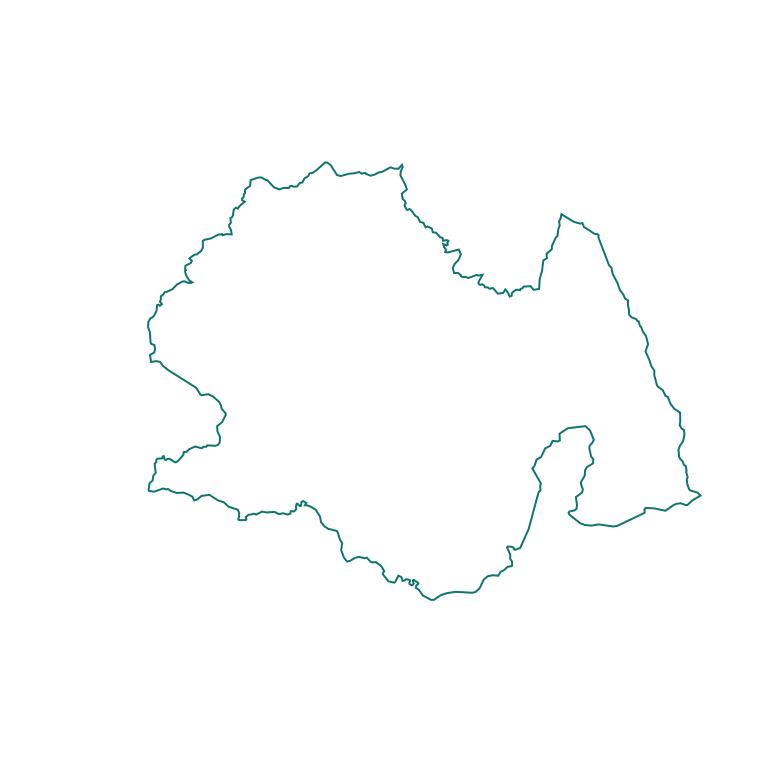 outline of Laclo, Manatuto, East Timor, rotated 64°
{"feature_id": "22284137B24782951850467", "entity_name": "Laclo", "entity_type": "district", "adm_level": 2, "iso_a3": "TLS", "parent_name": "East Timor", "parent_adm1": "Manatuto", "projection": "albers", "projection_center": [125.887, -8.591], "detail": "fine", "context": "isolated", "style": "outline", "palette": "teal", "viewbox_px": 768, "rotation_deg": 64, "n_neighbors": 0, "source": "geoboundaries", "source_scale": "gbopen_adm2", "svg_char_len": 6165}
<svg xmlns="http://www.w3.org/2000/svg" viewBox="0 0 768 768"><g transform="rotate(64 384 384)"><path d="M623.1,148.5L619.0,149.8L614.1,155.3L612.2,155.9L607.0,155.3L602.2,153.6L601.1,152.0L595.4,151.0L594.7,150.1L590.1,148.8L588.1,149.9L584.2,149.5L580.8,150.7L578.6,150.6L572.3,148.2L569.5,145.4L566.4,140.1L561.2,136.2L556.8,134.5L554.7,136.0L550.7,136.3L547.6,134.2L539.5,130.4L533.6,134.0L527.2,135.2L520.2,134.5L518.0,136.2L511.6,136.2L506.5,139.0L504.5,139.2L494.2,137.1L490.5,135.1L485.2,135.9L478.0,134.9L469.4,134.7L463.9,129.2L455.9,127.5L450.5,128.4L445.6,127.9L444.0,128.5L439.4,127.6L438.5,128.6L436.2,128.9L432.6,132.3L429.0,133.2L424.7,131.3L420.1,130.2L415.9,128.0L412.9,129.9L408.6,129.7L402.9,130.8L395.5,129.9L385.2,130.2L379.0,128.6L375.7,129.7L346.1,127.0L344.4,125.9L342.7,126.6L341.7,128.7L330.4,135.5L326.4,135.1L325.8,137.5L321.3,142.4L309.2,150.1L312.6,152.6L314.4,155.2L318.7,156.7L321.2,159.4L327.0,163.2L327.8,165.5L333.6,172.6L336.5,174.2L338.2,180.8L342.4,182.5L342.8,186.7L351.4,192.2L358.2,198.2L366.6,202.9L364.9,208.3L360.3,209.4L357.6,216.0L358.7,217.6L358.4,219.6L359.4,220.5L357.2,223.8L357.8,227.7L358.5,229.3L360.7,230.7L360.5,232.7L356.1,232.6L352.2,233.5L354.4,236.9L352.8,242.0L345.4,244.1L344.6,247.5L342.6,248.4L341.4,250.8L339.4,250.8L337.4,252.0L337.1,253.9L336.0,255.0L334.0,254.6L329.0,247.6L327.8,251.8L326.6,253.1L325.7,261.8L323.5,263.6L322.2,266.6L320.8,267.7L319.9,267.2L316.6,268.8L314.9,272.3L309.9,271.4L307.0,267.7L305.2,262.8L301.1,258.0L295.9,257.9L293.8,268.9L292.3,271.1L290.6,269.4L287.3,270.0L284.2,269.4L286.8,267.0L287.0,265.9L284.6,265.0L283.6,263.4L282.2,264.4L281.1,268.3L278.4,267.3L276.7,269.2L270.9,270.8L269.1,273.6L265.2,272.9L261.6,275.7L261.3,278.0L256.5,277.9L254.2,280.5L248.8,280.5L246.9,282.0L239.1,283.6L237.9,284.3L237.9,286.7L237.2,287.2L233.4,287.3L231.8,286.8L231.1,285.2L228.3,285.1L225.9,286.1L220.7,284.5L219.2,278.2L214.5,277.5L203.8,277.8L200.3,275.8L197.1,272.0L194.9,271.8L196.9,276.6L194.9,280.4L192.1,283.2L192.5,293.0L191.5,296.1L191.7,300.1L190.9,304.7L187.4,308.0L185.9,308.4L185.3,311.7L182.6,313.3L181.5,318.7L179.7,323.0L178.1,331.7L175.6,334.6L163.7,336.0L160.1,338.0L159.1,339.8L162.1,350.5L163.0,356.1L162.1,357.7L162.3,358.9L163.9,360.9L164.4,365.5L167.1,368.9L166.4,371.8L168.4,375.5L167.3,378.3L165.4,380.2L165.0,381.7L166.1,383.8L163.8,388.0L163.1,392.9L159.0,396.7L149.7,399.5L148.8,400.9L144.7,403.5L143.3,406.7L142.3,414.6L147.2,417.4L148.4,423.7L151.7,425.5L151.9,426.6L154.6,428.4L155.1,430.5L156.7,430.9L159.1,429.2L160.6,435.4L162.3,438.6L160.6,439.7L161.4,442.6L166.3,445.9L167.4,447.4L167.6,449.4L172.0,451.0L173.0,453.4L174.5,454.1L178.5,454.0L182.8,455.3L180.2,459.9L179.6,463.9L178.3,463.9L177.1,467.7L177.3,475.8L175.8,481.7L175.9,484.1L182.2,487.1L184.2,490.0L185.5,495.3L184.7,497.8L185.5,502.6L185.9,503.9L189.2,502.7L190.6,504.8L190.6,510.6L193.4,512.3L194.9,512.2L195.0,513.1L196.2,513.6L199.7,514.2L205.7,513.6L208.6,511.7L208.5,513.4L207.2,515.7L204.2,518.4L203.6,520.1L203.8,526.5L206.0,532.5L205.9,539.6L205.3,540.7L206.9,543.4L207.3,546.1L210.5,547.7L211.7,549.3L214.9,548.6L215.4,551.1L213.9,551.8L213.6,553.2L218.8,556.6L221.6,560.5L222.7,562.8L222.5,565.0L224.9,568.6L229.7,571.2L234.7,571.6L244.3,575.6L245.8,575.7L248.3,573.3L252.0,574.3L255.0,576.7L255.3,581.6L262.1,583.7L263.6,578.7L266.1,575.5L270.6,574.8L277.2,571.7L305.0,554.5L313.0,553.6L314.2,552.8L316.1,546.4L320.4,543.2L327.6,540.1L331.6,539.9L334.9,540.7L341.2,539.2L342.6,540.0L347.3,546.3L348.8,552.5L353.6,554.5L359.7,554.6L364.6,557.3L365.9,560.1L365.6,562.7L361.7,569.7L362.5,571.4L361.2,573.8L361.8,575.6L361.4,576.7L357.4,581.1L357.2,587.7L358.4,591.4L357.4,594.0L359.8,595.4L362.9,602.9L363.1,605.1L362.8,606.2L357.4,609.3L356.4,611.3L356.7,613.3L355.8,614.2L352.2,613.6L352.2,614.7L353.6,615.9L351.8,620.6L352.4,621.9L354.3,622.7L355.1,625.1L363.7,628.1L365.3,631.5L369.4,634.4L370.4,638.2L375.6,641.8L377.2,642.1L380.0,637.9L381.1,628.3L383.4,625.7L383.6,624.2L386.6,622.6L391.2,617.9L393.7,611.8L397.6,608.3L401.3,605.6L405.4,605.7L405.9,602.4L404.6,597.0L407.1,589.5L415.6,584.4L420.4,579.6L426.1,577.6L432.9,570.5L436.1,570.6L439.9,572.5L441.4,574.2L442.8,574.0L445.8,567.9L445.4,567.1L442.9,566.6L442.2,563.3L443.8,557.3L445.3,556.3L445.2,549.7L447.9,545.9L451.0,538.4L454.8,535.5L456.0,531.3L459.1,527.8L459.5,524.9L457.4,523.6L459.1,520.6L458.8,519.6L457.9,517.6L455.6,517.0L453.4,515.0L453.7,514.2L456.6,513.3L457.1,512.1L453.7,509.6L453.8,508.0L456.9,506.0L458.3,508.3L459.5,506.1L462.2,503.6L467.1,500.5L475.1,499.6L480.8,501.2L486.3,499.7L489.7,497.6L495.3,490.9L496.8,490.6L504.5,491.8L508.9,491.4L514.6,495.4L522.6,496.1L527.4,495.0L528.1,492.2L527.6,486.9L528.2,482.6L532.2,477.6L532.6,475.6L537.9,474.0L539.5,472.4L540.4,469.5L546.0,466.4L552.4,465.8L553.3,467.9L554.5,468.4L563.2,466.6L567.0,462.0L566.9,460.8L562.6,455.0L565.3,453.0L569.1,453.7L569.6,451.8L569.2,449.6L571.3,446.9L572.1,446.7L574.0,448.5L575.2,448.7L577.3,447.0L576.4,444.8L573.2,444.2L573.1,443.1L577.9,440.4L578.7,440.6L579.3,443.3L581.1,444.7L584.3,442.9L591.3,441.7L598.7,436.3L599.9,433.6L598.7,425.3L599.6,419.0L602.1,410.9L610.3,396.2L611.1,392.9L609.4,387.5L603.6,380.1L602.3,375.2L603.5,370.1L606.4,365.4L603.9,361.6L604.0,357.9L602.5,352.8L603.7,349.2L603.2,348.3L599.8,346.8L596.3,347.2L592.7,345.3L584.9,345.1L584.4,344.0L586.3,340.5L588.0,339.2L589.4,339.7L590.4,339.1L591.1,333.5L577.8,317.6L551.4,294.6L549.0,292.3L548.0,289.8L544.2,288.4L542.2,286.6L524.9,287.7L523.6,284.7L518.8,280.0L518.6,275.0L512.5,267.3L512.4,261.5L509.0,257.4L511.9,252.9L511.8,250.7L505.6,248.0L504.3,238.3L510.2,221.4L516.1,219.2L526.2,219.9L528.3,222.7L529.4,225.9L531.4,227.5L540.1,229.7L543.4,228.9L546.9,230.8L547.7,238.1L549.7,241.1L554.4,243.8L558.5,249.9L560.0,250.8L565.9,251.5L567.5,252.7L568.4,253.8L569.8,261.1L577.6,263.7L580.5,265.6L581.1,268.1L579.9,273.3L580.7,274.6L582.9,274.6L595.4,268.5L598.7,265.3L602.2,259.7L604.3,252.6L612.6,240.4L613.8,236.4L614.0,207.0L613.9,206.1L611.0,204.9L610.0,203.3L614.1,195.9L621.3,186.6L619.7,176.5L619.9,173.8L621.2,169.7L625.5,165.4L625.7,164.2L623.8,157.9L623.1,148.5Z" fill="none" stroke="#0f766e" stroke-width="2"/></g></svg>